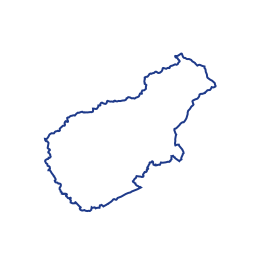 Vohibato, Haute Matsiatra, Madagascar (orthographic projection), rotated 125°
{"feature_id": "10022922B39439372576611", "entity_name": "Vohibato", "entity_type": "district", "adm_level": 2, "iso_a3": "MDG", "parent_name": "Madagascar", "parent_adm1": "Haute Matsiatra", "projection": "orthographic", "projection_center": [47.101, -21.673], "detail": "fine", "context": "isolated", "style": "outline", "palette": "blue", "viewbox_px": 256, "rotation_deg": 125, "n_neighbors": 0, "source": "geoboundaries", "source_scale": "gbopen_adm2", "svg_char_len": 5786}
<svg xmlns="http://www.w3.org/2000/svg" viewBox="0 0 256 256"><g transform="rotate(125 128 128)"><path d="M123.1,66.2L122.8,66.7L121.6,67.3L118.4,67.9L117.9,68.2L116.7,68.0L115.5,69.3L115.1,70.3L114.5,71.1L113.2,75.9L112.5,76.8L113.6,78.3L115.1,79.2L115.0,79.4L113.5,80.8L111.6,81.7L110.1,82.9L106.9,84.4L105.7,84.7L105.4,85.7L103.2,88.8L102.2,89.4L101.7,89.2L101.4,88.8L100.6,88.4L99.5,88.1L96.0,87.5L94.4,87.5L93.1,87.1L92.1,86.7L91.4,85.7L89.4,85.5L86.6,85.7L82.4,87.1L81.1,88.0L79.3,88.6L76.9,88.2L74.2,88.4L72.1,87.8L71.3,87.8L71.1,87.9L70.7,88.6L69.3,90.4L69.1,90.6L68.1,90.5L65.9,89.3L64.7,88.3L63.9,87.9L61.5,87.8L60.3,88.2L59.6,88.6L59.2,88.5L58.1,87.8L57.6,86.9L55.3,85.1L55.0,85.4L53.8,84.9L51.6,84.6L51.2,84.3L50.1,82.9L49.7,82.6L48.0,82.6L46.5,82.9L46.0,81.6L45.4,81.0L43.9,80.2L43.4,80.3L43.1,80.6L42.6,81.6L41.9,82.2L41.4,82.9L41.0,86.2L41.3,88.6L41.2,91.6L40.8,92.4L38.9,94.1L37.3,96.6L36.0,97.7L35.4,98.4L35.0,99.7L33.7,100.6L34.5,102.6L35.1,105.5L35.7,106.2L37.1,107.0L36.6,109.8L36.3,110.4L36.3,111.3L36.5,113.5L36.0,115.4L36.5,117.6L37.5,118.9L37.8,119.6L37.8,121.3L38.4,122.2L38.4,122.7L38.2,123.7L36.3,126.5L36.5,127.1L40.1,128.5L41.0,129.2L41.7,130.4L42.1,130.6L42.6,130.0L42.8,129.4L42.4,127.5L43.1,126.1L43.1,125.2L43.6,124.0L44.2,123.9L45.5,124.2L47.2,123.9L48.0,124.3L48.4,124.6L48.8,125.9L51.4,127.4L52.5,128.4L53.9,128.9L54.6,128.4L55.2,128.5L56.1,130.0L57.6,130.7L58.5,133.4L59.0,133.8L59.8,133.6L60.2,133.3L61.6,133.0L62.7,133.0L63.8,133.5L64.5,133.6L65.6,134.8L65.7,137.1L65.9,137.5L66.4,137.9L68.0,138.3L69.3,139.5L70.1,139.9L70.4,140.2L70.4,140.7L70.9,141.1L71.5,141.4L73.1,141.3L73.7,141.4L74.5,141.4L75.1,141.7L75.5,142.4L77.0,143.3L77.5,143.1L77.6,142.7L78.0,142.3L79.0,142.1L80.8,141.1L81.2,140.6L81.4,140.1L82.2,139.8L82.3,139.4L82.2,138.4L82.3,137.6L84.0,137.0L85.6,135.8L87.7,136.3L89.1,137.8L90.7,137.5L91.3,137.2L91.6,136.5L92.1,136.4L92.6,137.7L92.9,137.9L95.4,137.3L96.0,137.3L96.9,137.7L98.9,139.1L99.6,139.2L100.2,139.6L100.5,140.7L101.6,142.0L101.8,143.9L102.6,145.5L104.3,145.8L104.5,146.2L105.9,145.9L107.3,146.6L108.7,148.3L110.4,149.8L111.2,151.2L112.4,152.1L112.8,152.8L113.1,153.5L113.0,154.0L113.2,154.5L114.0,155.0L114.6,154.8L115.1,155.3L115.5,156.4L116.5,157.6L117.2,159.3L117.4,160.2L118.0,160.5L119.5,159.9L121.0,160.1L121.4,160.6L122.0,162.4L122.1,163.8L122.6,164.3L123.2,164.5L124.4,164.4L125.2,163.7L125.6,163.8L126.5,165.2L127.6,164.6L130.0,164.5L130.8,165.1L131.7,167.1L132.2,167.8L133.1,167.0L134.4,166.3L134.8,166.2L135.4,166.6L135.9,166.9L136.5,167.9L138.7,170.4L139.3,171.5L140.0,172.1L140.1,172.7L140.6,173.0L140.9,173.7L140.8,174.5L141.6,175.5L143.8,177.0L144.1,177.8L145.6,178.4L148.3,178.7L148.4,179.3L149.1,180.2L150.1,180.9L150.8,181.7L152.1,182.3L153.3,182.5L154.0,183.4L154.7,183.6L156.4,181.9L156.6,181.3L157.2,180.8L157.9,181.3L157.9,182.3L158.2,183.0L159.1,183.1L159.5,182.9L160.4,182.8L161.3,181.6L162.0,181.3L162.5,181.3L162.9,182.0L163.5,182.6L166.9,183.4L167.7,183.5L169.1,182.4L169.9,182.6L170.3,183.0L170.5,183.9L171.5,184.5L172.1,185.2L172.9,185.6L174.8,185.6L176.0,187.2L176.2,187.7L176.7,187.9L178.1,188.5L179.0,188.5L180.6,188.2L183.1,188.2L183.9,188.6L184.5,189.8L185.4,188.9L185.4,188.2L185.8,187.9L185.8,187.5L185.2,186.5L185.7,184.7L186.2,184.3L190.4,182.4L190.6,181.7L190.5,179.8L190.6,179.6L191.1,179.3L191.7,179.6L193.5,179.5L193.8,179.2L193.8,178.2L194.4,176.5L195.1,176.0L195.7,175.0L196.6,174.8L197.6,175.3L197.9,176.0L198.7,175.7L199.2,175.7L200.3,176.7L201.5,177.1L201.8,177.2L202.7,176.9L203.8,175.0L203.8,173.4L205.0,172.3L205.0,171.7L204.6,170.6L204.8,169.8L206.1,168.6L206.6,168.6L207.6,169.1L208.2,168.9L207.6,167.9L207.5,167.3L208.8,164.4L209.4,162.4L210.0,161.3L209.9,160.7L210.3,160.4L211.1,158.4L211.7,157.7L212.5,157.5L212.9,157.8L213.2,157.8L214.0,156.5L214.0,156.0L213.2,154.4L213.5,153.2L213.2,152.7L212.7,152.1L212.6,151.3L212.7,150.8L213.3,150.2L214.5,149.7L216.2,149.7L217.3,149.0L217.8,147.5L218.8,146.6L218.6,146.0L218.8,145.2L219.8,144.6L219.5,143.6L218.8,142.6L218.4,142.7L218.2,142.1L217.6,141.4L217.3,140.4L217.4,140.2L217.7,139.8L218.2,139.8L218.6,140.1L219.1,140.0L219.4,139.4L219.4,138.3L219.8,137.3L219.8,136.8L219.3,136.0L218.1,135.1L218.1,134.9L218.7,134.5L219.8,134.5L220.0,133.6L220.4,133.0L221.1,132.8L221.9,132.3L221.6,130.5L221.3,129.9L220.1,128.3L219.3,128.6L218.9,128.4L220.0,123.1L220.1,121.3L220.3,121.1L221.2,121.5L221.8,121.2L222.3,120.0L222.1,118.7L221.6,117.8L220.2,116.6L220.2,115.5L219.4,113.7L218.5,112.9L218.1,112.0L217.8,111.6L216.1,111.2L213.8,112.3L213.8,111.3L212.5,110.2L212.1,109.8L212.1,109.4L212.3,109.2L212.4,108.4L211.7,108.1L210.4,106.7L209.7,105.6L207.6,106.6L207.2,106.0L206.3,105.8L206.1,104.4L206.4,103.2L203.2,101.6L201.7,101.1L201.5,100.7L200.0,100.4L198.8,99.8L196.5,99.2L195.4,99.2L194.7,99.0L194.0,98.2L193.9,97.2L193.4,96.4L193.0,96.3L191.3,96.4L188.1,94.2L183.4,92.0L181.0,90.5L179.3,89.0L178.0,88.6L172.7,85.1L169.3,83.3L169.3,84.3L169.9,84.9L169.8,86.5L170.1,87.7L170.0,88.7L169.9,89.3L169.2,90.0L169.4,90.4L169.0,91.4L169.3,92.3L169.1,93.2L168.8,93.5L168.1,93.3L165.6,93.4L165.0,93.0L164.5,92.9L162.5,93.4L160.5,89.6L160.3,88.8L159.8,88.1L159.1,87.6L158.3,87.8L157.9,88.7L157.4,89.0L154.5,89.1L154.2,88.4L153.7,88.0L152.9,87.8L152.2,88.0L152.0,88.5L151.1,88.8L150.6,88.2L149.8,88.1L149.5,88.5L149.5,89.4L149.3,89.6L147.5,89.5L146.8,89.8L145.0,89.8L144.0,90.4L143.6,90.3L142.9,89.3L141.4,89.1L141.3,88.3L143.4,86.1L143.0,84.3L142.1,84.2L142.3,83.6L142.2,83.2L140.7,82.1L139.9,80.8L137.3,81.2L137.1,80.6L136.5,79.6L134.5,77.4L132.7,75.9L132.1,74.8L131.7,74.6L131.1,74.7L130.7,74.4L130.4,74.6L128.6,74.4L127.6,75.4L126.3,75.7L126.1,76.2L125.3,75.5L125.3,75.3L125.0,75.1L125.3,74.6L125.2,74.2L125.5,73.5L125.2,72.9L125.7,72.1L125.7,66.9L124.8,66.9L123.1,66.2Z" fill="none" stroke="#1e3a8a" stroke-width="2"/></g></svg>